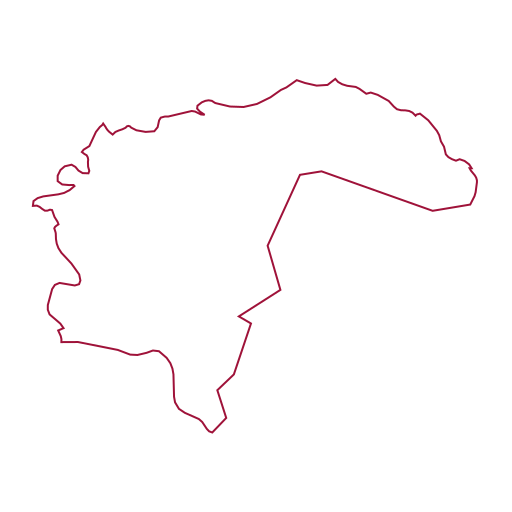 the border of Lofa, rotated 269°
{"feature_id": "LBR-787", "entity_name": "Lofa", "entity_type": "County", "adm_level": 1, "iso_a3": "LBR", "parent_name": "Liberia", "parent_adm1": "", "projection": "natural_earth1", "projection_center": [-9.763, 7.877], "detail": "fine", "context": "isolated", "style": "outline", "palette": "rose", "viewbox_px": 512, "rotation_deg": 269, "n_neighbors": 0, "source": "natural_earth", "source_scale": "10m", "svg_char_len": 2371}
<svg xmlns="http://www.w3.org/2000/svg" viewBox="0 0 512 512"><g transform="rotate(269 256 256)"><path d="M80.3,209.2L81.5,206.1L84.0,203.8L91.0,199.3L94.0,196.0L100.4,182.2L104.5,176.3L111.1,172.5L116.7,171.6L139.1,171.4L144.8,170.5L150.3,168.5L155.7,164.9L162.5,157.3L163.3,151.3L161.1,144.9L159.1,135.7L159.6,128.5L164.5,116.2L173.1,76.5L173.3,59.9L176.3,60.0L179.3,59.4L185.0,56.9L187.2,62.3L191.8,59.2L201.2,48.6L205.9,46.9L210.6,47.0L226.5,51.6L230.6,54.4L232.5,59.1L229.7,74.3L230.9,78.6L234.6,80.0L240.6,78.9L251.7,71.3L262.6,61.5L267.3,58.6L271.8,57.0L276.4,56.3L281.9,56.2L283.2,56.0L287.2,54.8L288.5,55.5L289.8,57.0L291.1,59.1L293.6,58.2L298.6,55.2L305.5,52.9L305.9,50.8L305.0,48.3L305.0,45.7L306.9,42.9L308.9,40.5L310.2,37.7L310.0,33.8L314.8,34.5L317.7,38.7L319.3,44.3L321.1,59.4L322.4,65.2L325.2,70.9L329.1,75.7L330.2,74.8L330.2,70.2L330.9,63.5L334.3,59.0L339.8,59.1L345.4,62.0L349.0,66.3L350.5,73.2L348.2,77.0L344.5,80.0L341.9,84.1L341.6,89.9L344.0,90.8L348.2,89.7L353.0,89.6L355.2,89.9L357.6,89.5L359.7,88.4L361.0,86.2L363.0,83.7L365.3,85.5L368.8,91.3L382.8,98.1L387.7,102.1L389.7,104.6L391.1,105.5L387.7,107.8L386.5,108.4L384.7,109.6L382.9,111.2L379.9,114.8L382.5,117.6L383.9,121.0L385.0,124.5L386.5,127.8L387.9,129.2L388.3,130.6L387.9,132.1L386.5,133.5L383.8,138.6L382.0,147.8L382.5,156.5L386.5,159.9L393.3,161.5L396.0,163.2L397.0,167.1L397.0,170.8L402.1,194.2L401.5,197.6L398.5,203.4L398.1,207.1L401.4,202.4L404.4,199.7L407.3,200.1L410.6,204.5L412.0,208.0L412.5,211.3L411.9,214.6L409.9,217.5L409.5,218.5L405.9,232.6L405.2,246.2L408.0,259.6L414.4,273.2L421.6,283.8L424.0,289.3L427.7,294.8L431.1,299.8L428.1,308.1L425.3,319.6L425.8,330.5L431.7,338.4L428.6,341.1L426.2,345.2L424.6,350.1L423.3,358.7L421.3,362.4L416.3,369.1L417.4,373.6L415.0,380.5L408.7,391.4L403.0,396.4L400.3,399.5L399.2,403.5L399.0,407.9L398.3,411.7L396.6,415.0L393.5,418.0L394.5,418.9L394.5,419.0L394.9,420.0L395.1,421.2L395.5,422.4L388.7,430.6L378.0,439.0L373.6,441.3L367.4,442.9L362.0,445.9L354.3,447.6L351.5,450.1L349.4,453.6L347.8,457.6L349.2,461.3L347.4,466.2L343.9,470.7L340.0,473.1L340.0,471.1L337.6,472.4L332.8,476.2L330.5,477.5L327.9,478.2L326.0,478.2L315.9,476.7L312.0,475.5L303.7,471.1L298.1,433.4L339.5,323.0L336.4,301.4L266.1,267.8L221.7,279.8L195.9,237.8L188.6,249.8L138.0,231.8L122.5,215.0L94.6,223.4L80.3,209.2Z" fill="none" stroke="#9f1239" stroke-width="2"/></g></svg>